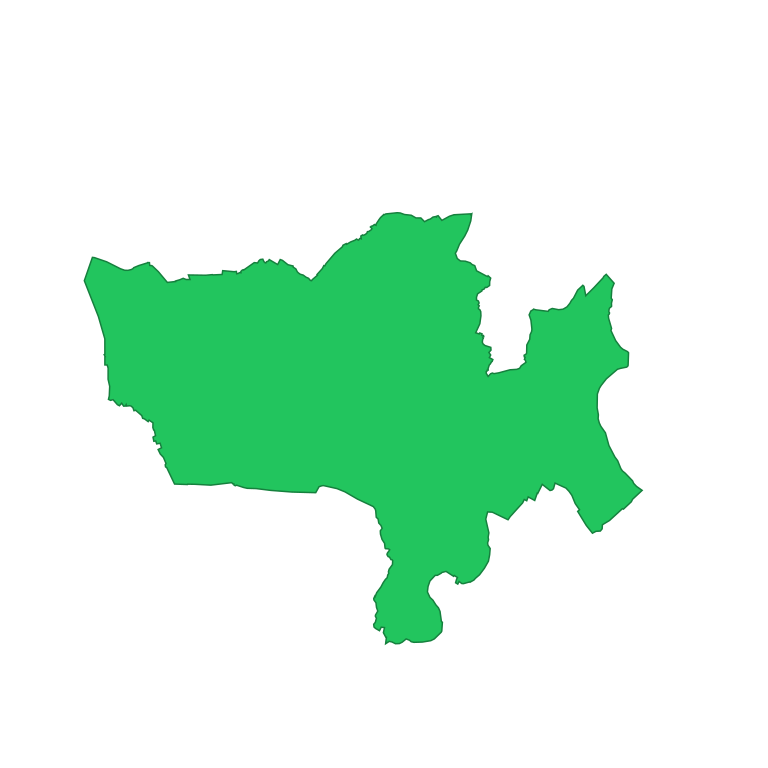 Oude IJsselstreek, Gelderland, Netherlands (orthographic projection), rotated 242°
{"feature_id": "6326949B61856453224086", "entity_name": "Oude IJsselstreek", "entity_type": "district", "adm_level": 2, "iso_a3": "NLD", "parent_name": "Netherlands", "parent_adm1": "Gelderland", "projection": "orthographic", "projection_center": [6.392, 51.903], "detail": "fine", "context": "isolated", "style": "filled", "palette": "green", "viewbox_px": 768, "rotation_deg": 242, "n_neighbors": 0, "source": "geoboundaries", "source_scale": "gbopen_adm2", "svg_char_len": 6171}
<svg xmlns="http://www.w3.org/2000/svg" viewBox="0 0 768 768"><g transform="rotate(242 384 384)"><path d="M632.7,186.0L615.9,167.9L577.7,163.5L554.9,158.7L541.3,151.5L541.3,150.7L539.1,150.7L539.2,150.4L531.9,146.5L530.7,148.5L527.6,147.9L517.7,142.6L510.7,140.7L502.4,135.8L499.8,133.5L497.9,134.9L497.4,137.4L490.9,138.9L489.0,140.2L490.2,143.4L486.7,143.7L485.9,145.4L486.8,146.6L485.4,146.3L484.1,149.4L483.3,150.3L480.9,151.2L477.8,150.7L477.4,152.4L469.8,155.3L467.0,154.8L465.7,156.1L461.5,158.1L462.4,159.6L458.2,161.8L454.1,159.5L451.5,159.0L451.0,159.5L445.6,158.0L445.5,155.1L441.5,153.9L440.9,155.7L437.8,155.2L436.8,158.5L432.1,157.6L432.2,153.8L427.2,153.6L422.7,154.8L416.1,154.2L415.4,152.9L413.4,152.2L412.0,152.9L394.0,152.1L387.5,163.3L387.7,163.7L384.2,170.0L376.0,183.6L368.4,203.2L366.8,203.6L366.3,204.5L365.3,204.1L364.5,204.5L363.9,205.1L363.9,206.3L358.5,211.5L356.1,214.3L351.7,222.0L343.2,234.1L331.9,251.9L320.1,272.7L323.8,278.4L323.3,281.4L322.7,282.9L313.7,293.4L307.1,298.9L294.9,306.5L280.8,317.0L277.9,317.5L276.0,317.2L270.0,314.6L267.5,315.4L263.7,314.1L260.6,314.9L257.4,314.6L256.1,311.8L253.1,310.4L247.7,309.3L243.1,309.7L238.6,307.9L237.9,308.0L236.3,310.6L234.9,311.2L233.0,307.4L231.9,306.5L229.7,306.6L228.5,307.6L225.6,307.7L225.1,308.6L224.1,308.8L220.6,306.7L218.1,301.6L216.2,299.8L214.5,299.2L213.6,297.6L211.5,295.9L210.8,293.5L208.9,289.9L206.3,286.1L203.2,279.6L200.4,276.3L201.0,276.3L199.4,274.2L198.0,273.7L194.6,274.2L190.3,272.5L186.4,271.9L183.9,267.9L182.8,267.3L180.8,267.4L177.6,264.4L176.7,262.1L174.1,261.1L172.1,261.8L168.3,264.2L170.6,267.4L168.7,270.1L164.7,266.7L159.5,266.7L159.2,267.2L153.9,263.5L154.3,267.8L152.5,269.9L149.3,272.2L147.6,275.7L147.5,278.9L148.5,283.9L145.7,286.3L143.7,287.0L141.9,289.1L138.1,296.8L135.4,304.8L135.3,308.8L138.0,318.0L138.7,319.0L146.2,323.7L147.4,323.2L156.9,326.7L160.7,327.0L164.7,326.1L170.2,325.7L174.0,324.4L180.0,324.7L184.5,327.8L188.5,332.1L191.0,339.3L190.0,341.4L190.1,345.7L190.4,346.7L189.4,350.8L181.5,355.2L182.0,356.1L178.7,358.0L177.6,356.5L174.9,353.9L172.7,355.2L174.4,357.6L171.3,359.0L170.4,360.5L169.0,366.8L168.6,366.9L168.7,371.4L169.5,373.5L170.7,378.8L174.2,386.2L178.5,393.0L183.6,397.1L188.9,400.5L192.9,400.1L195.1,400.9L197.4,403.2L199.8,404.0L203.3,406.7L216.9,410.4L222.4,415.4L220.0,419.4L205.9,429.8L207.7,433.2L214.0,450.7L216.2,453.6L213.9,455.2L216.6,458.3L210.4,462.4L215.7,468.1L215.2,468.4L221.1,476.6L212.0,480.6L211.5,482.6L212.0,484.5L216.2,488.5L206.7,495.8L202.3,497.0L197.4,497.6L188.6,496.7L181.2,497.6L180.6,495.2L164.1,496.2L154.4,498.0L154.4,502.0L152.6,506.0L153.7,508.6L157.2,510.8L157.6,519.0L162.0,536.0L161.1,536.7L163.9,547.1L165.5,549.3L168.9,562.0L175.0,558.9L179.0,557.8L181.8,558.0L192.0,555.1L195.3,553.7L198.2,553.4L206.5,554.3L211.2,553.6L224.1,553.7L237.0,556.6L244.9,555.6L248.5,555.8L252.9,556.8L256.1,558.8L262.9,561.0L275.0,567.7L279.1,572.2L280.8,575.1L284.2,582.8L287.4,597.0L286.8,600.1L285.0,606.1L285.2,607.4L285.9,608.3L296.8,614.6L298.3,614.2L302.6,611.2L305.4,610.1L313.6,608.9L324.7,609.5L326.2,611.0L336.7,613.2L339.7,614.5L339.9,615.5L340.8,616.5L342.4,616.5L344.3,617.8L345.2,618.9L345.6,621.2L345.9,621.5L348.6,622.8L351.2,625.1L353.1,624.9L361.0,629.8L364.9,634.5L376.5,631.7L375.8,628.6L374.9,627.3L370.5,614.5L367.2,603.6L376.3,606.4L377.8,605.9L376.0,599.1L370.8,591.6L369.8,588.8L368.0,586.0L366.2,581.8L366.0,577.2L367.6,573.1L371.7,568.0L372.0,564.7L371.1,563.0L378.2,552.9L379.9,551.2L379.6,550.4L379.5,547.9L376.9,544.6L371.4,543.7L362.9,540.3L361.0,538.9L358.9,536.1L355.1,533.7L351.4,528.4L344.3,524.4L343.7,523.4L343.6,521.2L342.1,520.6L341.3,521.2L339.8,519.5L338.6,520.0L336.5,519.5L335.7,513.7L334.2,511.1L334.6,508.1L337.4,501.9L340.0,490.5L341.5,486.0L342.8,484.8L343.0,482.9L341.8,479.5L345.5,479.3L346.9,480.0L346.9,480.8L347.8,481.6L347.4,482.6L348.6,483.0L351.4,485.9L351.8,487.3L352.9,489.0L353.2,490.2L354.5,491.6L357.8,489.4L359.5,491.8L362.6,491.4L363.7,494.4L366.2,495.5L370.6,491.2L372.8,490.3L374.7,490.4L377.0,492.0L377.7,493.1L379.1,493.1L378.9,494.3L380.1,494.6L381.3,493.2L382.3,494.1L384.1,492.5L383.5,491.6L386.2,489.0L392.2,496.9L398.7,501.6L402.5,503.4L404.6,503.5L406.1,502.7L407.3,503.4L408.3,504.8L409.8,504.3L410.9,506.0L413.0,506.3L414.7,505.1L417.2,506.4L419.7,509.0L420.2,514.1L421.1,514.9L420.8,516.8L421.8,518.8L421.0,520.1L421.4,523.5L424.8,525.4L427.4,527.9L430.7,526.7L430.3,525.9L431.2,525.1L440.5,518.9L445.9,519.7L448.1,517.9L450.6,517.0L454.3,513.4L456.8,509.2L460.4,507.6L466.0,508.4L467.2,510.5L472.0,516.3L476.7,524.7L480.6,530.2L487.3,537.2L493.1,541.4L493.0,540.2L493.5,540.5L500.6,525.2L501.4,520.5L501.3,511.9L507.2,510.8L507.5,508.8L507.0,508.6L507.6,508.1L508.4,505.6L507.9,502.3L508.3,500.3L508.3,496.0L513.3,494.5L515.6,490.2L520.2,487.3L524.0,481.7L527.4,478.6L529.0,476.1L533.3,465.5L533.4,463.2L533.7,463.2L532.6,459.1L531.5,456.8L528.9,452.1L527.9,451.4L529.3,450.4L528.9,448.1L529.3,446.9L529.0,445.7L526.8,446.3L526.2,445.2L525.8,442.4L526.3,440.9L525.1,439.5L524.8,437.1L525.1,435.3L525.7,435.0L525.5,433.0L523.0,432.1L523.8,431.5L523.8,430.6L523.2,429.9L523.1,428.9L524.9,427.8L524.6,425.7L525.1,421.3L524.9,416.6L525.7,416.6L525.8,413.0L524.7,411.6L522.5,401.9L517.5,389.3L516.1,387.2L516.8,386.5L514.9,383.8L512.1,376.2L511.3,376.3L509.8,369.6L509.2,368.6L510.0,367.6L512.8,367.0L514.9,365.3L518.1,363.8L520.2,361.6L522.2,360.6L523.8,360.1L527.0,360.2L529.8,358.7L530.9,359.1L534.4,355.2L540.8,352.4L542.6,350.8L539.4,346.2L547.7,341.1L546.9,339.6L547.1,337.7L546.4,336.6L546.7,336.0L548.4,335.4L551.1,335.6L552.0,333.2L551.6,331.5L550.2,329.2L552.1,326.4L550.5,313.6L551.0,313.4L551.1,312.2L550.6,310.5L549.4,309.9L550.1,308.9L550.1,307.0L550.5,305.7L552.7,306.5L553.5,304.4L559.8,294.8L556.7,292.5L560.6,284.2L561.1,283.9L563.7,277.7L572.1,262.5L567.3,261.8L569.2,258.3L571.6,256.3L571.9,252.7L572.8,248.5L572.8,247.9L572.4,247.9L575.4,240.4L589.1,237.5L596.4,235.1L597.5,234.6L598.7,232.8L601.3,233.9L602.2,232.3L602.0,232.1L603.7,223.1L604.2,217.7L603.7,216.4L603.7,214.6L604.5,211.4L606.1,208.5L609.5,205.4L622.1,196.5L631.5,187.7L632.7,186.0Z" fill="#22c55e" stroke="#15803d" stroke-width="1.5"/></g></svg>